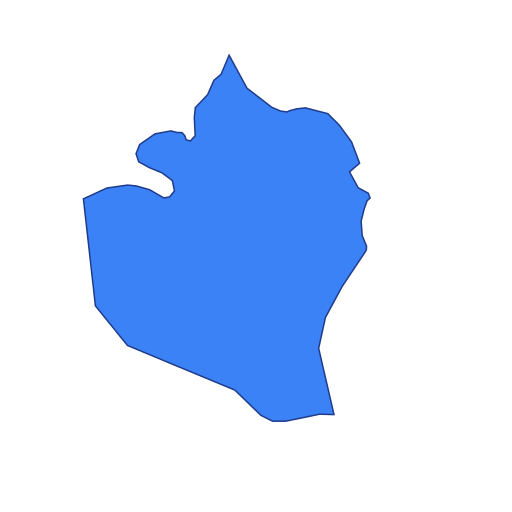 outline of Crnomelj, rotated 43°
{"feature_id": "SVN-945", "entity_name": "Crnomelj", "entity_type": "Municipality", "adm_level": 1, "iso_a3": "SVN", "parent_name": "Slovenia", "parent_adm1": "", "projection": "orthographic", "projection_center": [15.174, 45.522], "detail": "fine", "context": "isolated", "style": "filled", "palette": "blue", "viewbox_px": 512, "rotation_deg": 43, "n_neighbors": 0, "source": "natural_earth", "source_scale": "10m", "svg_char_len": 933}
<svg xmlns="http://www.w3.org/2000/svg" viewBox="0 0 512 512"><g transform="rotate(43 256 256)"><path d="M332.4,176.1L332.9,177.5L339.7,219.1L348.7,253.6L364.8,280.8L421.2,318.8L410.5,328.2L390.5,356.4L380.8,365.5L368.3,369.2L332.0,368.5L269.6,391.8L223.0,409.1L172.6,402.0L90.8,331.9L100.6,307.9L113.8,291.6L120.7,286.4L132.9,280.1L149.0,276.4L152.5,271.7L152.0,264.0L143.3,257.9L130.5,259.3L118.1,264.0L106.0,267.1L98.5,263.0L94.9,253.8L98.8,235.6L108.5,222.5L114.0,219.5L117.7,216.2L122.0,216.6L125.6,218.6L129.5,216.7L129.5,209.5L116.5,196.9L110.4,188.8L110.6,171.0L105.4,156.2L106.5,146.8L99.4,127.5L134.9,139.4L166.0,136.5L175.0,133.3L180.3,129.6L181.9,126.1L185.5,120.5L191.2,113.9L211.5,102.9L227.8,103.5L248.1,107.4L268.5,117.5L267.0,130.7L284.2,136.4L295.3,133.5L299.9,135.8L299.6,139.9L303.1,147.9L309.1,158.8L319.7,168.6L330.1,173.4L331.8,175.4L332.4,176.1Z" fill="#3b82f6" stroke="#1e3a8a" stroke-width="1.5"/></g></svg>